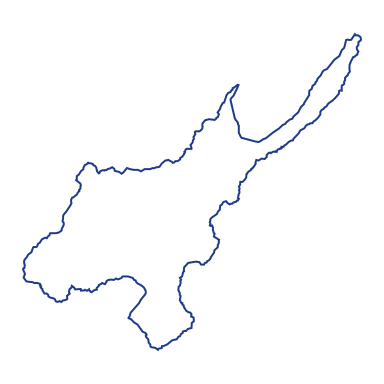 Dolores, Tolima, Colombia
{"feature_id": "7082276B30807690938488", "entity_name": "Dolores", "entity_type": "district", "adm_level": 2, "iso_a3": "COL", "parent_name": "Colombia", "parent_adm1": "Tolima", "projection": "mercator", "projection_center": [-74.784, 3.628], "detail": "fine", "context": "isolated", "style": "outline", "palette": "blue", "viewbox_px": 384, "rotation_deg": 0, "n_neighbors": 0, "source": "geoboundaries", "source_scale": "gbopen_adm2", "svg_char_len": 5939}
<svg xmlns="http://www.w3.org/2000/svg" viewBox="0 0 384 384"><path d="M358.3,35.4L355.7,35.3L354.9,34.2L351.2,39.8L349.2,40.0L347.3,39.6L346.1,40.0L344.2,47.8L341.7,50.2L339.4,55.9L334.4,59.7L327.0,69.0L323.6,70.5L322.5,71.9L320.7,75.4L317.6,78.6L316.9,80.8L315.4,82.5L315.3,83.7L312.6,85.8L311.7,88.9L309.3,90.8L309.1,95.2L304.0,103.3L303.9,104.2L300.9,107.0L298.2,112.4L293.5,116.5L292.4,118.7L289.7,119.6L286.2,122.4L285.3,123.9L282.7,125.0L278.9,128.6L272.9,132.6L265.8,138.3L263.4,139.1L259.7,141.6L258.3,142.0L254.9,141.4L241.6,137.8L240.9,137.1L238.8,132.8L238.8,125.7L237.9,124.0L237.8,122.5L235.4,119.5L234.6,117.4L230.5,100.0L230.9,98.5L233.5,95.8L237.2,88.2L238.5,85.0L237.6,84.8L234.2,87.5L232.6,88.2L232.6,89.7L231.3,90.4L230.5,92.1L228.2,92.9L226.5,95.3L224.1,102.6L222.8,103.0L220.7,106.6L220.1,108.9L217.6,112.4L218.9,114.2L217.8,117.2L216.4,117.8L216.0,118.9L214.6,119.9L209.1,119.2L205.2,120.2L202.5,123.4L202.3,124.9L202.6,126.8L202.1,129.0L199.6,131.3L195.7,131.3L194.9,131.9L195.3,134.3L193.5,137.0L193.9,139.0L193.0,140.2L192.6,142.5L190.5,145.0L191.5,147.7L191.4,148.9L187.0,148.8L185.7,149.4L185.0,151.5L184.4,151.9L184.9,152.8L184.1,153.5L183.8,154.7L182.1,156.8L180.3,157.9L180.1,159.5L177.6,161.1L175.3,161.2L174.2,162.5L172.7,162.8L172.1,162.0L168.1,159.8L167.0,160.4L165.5,160.4L161.8,163.5L159.6,166.6L158.9,167.0L155.9,167.4L154.2,168.2L152.5,168.1L150.2,169.1L144.7,169.1L141.0,171.3L138.0,169.9L134.0,169.9L129.5,169.0L127.0,168.0L123.2,172.6L121.6,173.7L119.1,171.9L114.8,170.9L114.3,168.8L112.2,167.2L109.4,168.7L107.9,168.9L106.4,170.1L105.2,170.0L104.6,170.5L102.8,170.2L100.7,171.0L100.0,171.5L99.6,172.8L98.9,173.4L97.2,171.6L96.1,167.3L95.0,165.8L93.4,165.3L92.7,163.9L90.2,163.2L88.5,163.3L88.1,162.8L86.9,164.1L85.0,164.9L83.7,167.1L83.2,169.4L81.0,171.1L78.9,174.5L76.8,176.2L76.8,179.1L76.1,180.1L80.4,183.6L80.9,185.4L80.5,186.0L80.4,188.6L79.0,190.1L79.4,191.0L77.8,192.6L77.0,194.4L73.5,197.2L72.0,197.8L71.1,199.8L71.1,201.7L71.5,203.0L70.5,205.2L66.4,211.4L63.6,214.7L63.1,216.2L63.1,218.8L62.6,220.4L62.7,221.6L63.6,222.4L63.8,224.8L61.8,228.7L61.5,230.6L58.6,232.6L55.7,233.2L50.3,233.2L49.8,233.7L49.5,235.3L47.8,236.5L46.8,238.2L45.3,237.7L42.0,239.2L39.8,242.7L38.1,243.8L37.0,246.5L36.0,247.1L33.6,247.0L33.0,247.7L31.5,252.1L28.1,254.7L26.7,257.3L24.5,259.8L24.0,262.0L24.8,265.6L24.3,268.1L23.6,268.2L23.0,269.2L25.0,274.0L23.6,277.5L26.0,280.9L26.7,281.5L32.8,282.2L34.3,283.1L36.9,282.9L40.0,283.9L40.4,284.4L40.0,285.7L41.1,286.2L40.7,287.6L42.3,288.8L42.2,289.7L44.4,293.5L46.6,293.5L48.2,294.8L48.4,296.4L50.2,297.6L53.2,298.2L55.0,299.3L55.7,301.2L56.5,301.7L57.8,301.8L59.6,301.1L61.3,302.0L62.8,300.5L65.3,300.1L67.2,299.1L67.1,295.7L69.7,293.7L68.9,292.2L69.6,289.1L71.7,287.4L71.8,285.9L73.9,287.3L75.1,289.4L80.8,289.0L81.0,290.6L84.4,290.4L85.0,289.8L87.0,290.8L89.0,289.3L89.3,290.4L90.2,290.9L90.5,291.8L91.7,292.2L94.3,290.1L96.8,289.6L96.5,288.9L96.8,287.9L98.8,285.9L98.8,285.0L101.1,284.0L102.1,283.0L104.9,284.2L106.3,282.2L106.4,281.3L108.2,280.0L111.2,279.6L114.0,279.9L116.0,278.5L118.1,279.4L121.4,278.0L122.1,276.9L123.0,276.4L128.2,276.5L132.7,277.9L134.2,280.0L135.6,280.4L136.2,282.0L137.6,283.5L141.5,285.5L144.0,287.6L145.6,290.7L145.8,292.9L145.2,294.3L140.8,299.8L139.0,303.2L130.7,312.6L129.5,316.6L128.5,317.7L128.6,318.2L131.3,319.4L134.0,322.4L137.5,324.5L142.6,331.7L145.5,333.0L146.6,334.8L145.8,335.4L145.9,336.7L148.3,339.4L148.7,342.7L150.3,344.6L150.4,346.3L151.3,347.2L155.4,347.9L157.9,349.8L158.4,348.7L161.7,348.1L162.0,346.1L163.5,346.1L167.4,344.3L172.2,340.3L176.8,339.2L178.4,336.8L180.1,336.1L180.9,334.1L182.7,333.0L182.8,331.6L184.4,330.9L186.0,331.0L188.0,328.9L191.5,328.0L191.8,322.9L193.8,321.3L193.7,317.8L192.6,316.9L191.1,316.6L191.5,314.1L190.2,312.5L188.9,312.4L186.4,311.0L183.8,306.9L183.7,305.4L182.4,304.6L182.4,303.1L181.3,302.9L179.8,300.1L180.6,296.1L179.8,294.8L179.7,292.8L178.3,290.0L178.7,286.8L180.0,285.4L180.7,282.3L180.3,281.0L181.1,279.8L179.9,277.8L181.9,276.6L182.4,275.4L183.0,272.3L184.1,271.2L183.8,269.9L184.2,267.3L188.2,262.9L196.2,261.6L199.4,262.2L201.0,264.5L203.9,264.7L204.9,262.9L206.5,262.6L207.4,261.0L208.9,260.4L210.5,258.6L210.7,257.5L214.1,252.5L214.4,250.3L217.7,247.3L217.8,245.1L219.0,242.5L218.7,241.3L219.1,239.8L213.9,236.6L214.6,233.6L213.7,232.8L212.9,229.9L212.9,227.2L212.1,225.5L210.5,226.0L209.8,225.4L210.5,223.8L209.7,222.2L210.4,220.7L210.2,219.7L210.6,218.9L211.7,217.6L217.0,214.0L217.9,211.6L219.8,209.7L220.2,205.7L221.9,204.6L222.8,202.8L223.8,201.9L226.1,201.2L227.6,203.1L229.6,204.4L230.9,203.7L232.0,203.8L233.4,202.5L236.1,201.7L236.8,200.7L237.7,200.7L238.9,198.8L238.0,198.2L238.6,194.4L239.4,192.9L239.4,191.0L239.0,190.4L239.6,188.4L238.9,186.7L240.1,184.8L240.3,181.9L242.6,181.9L245.0,179.4L246.2,177.5L246.4,174.2L247.2,173.8L247.5,172.7L248.9,171.3L250.8,170.2L251.1,169.1L252.4,168.5L252.6,167.6L253.4,167.3L254.4,165.8L255.7,163.8L255.4,163.0L256.3,160.0L258.5,160.5L261.7,158.6L264.7,159.0L266.8,156.9L266.6,155.2L268.8,152.8L269.9,152.6L270.9,153.2L272.5,152.0L274.3,151.5L275.1,151.9L275.9,151.2L276.7,151.8L277.1,150.4L278.3,149.2L279.7,149.1L280.4,148.2L281.4,148.5L281.8,147.8L281.6,146.8L283.6,146.8L284.1,145.7L286.0,144.6L288.5,142.1L290.8,140.7L292.9,140.4L293.4,138.9L298.6,133.4L300.3,130.4L304.3,128.3L305.9,125.7L307.4,124.5L309.2,124.2L310.2,123.3L312.4,123.2L313.6,121.4L315.0,120.6L317.7,118.1L320.3,114.6L320.4,111.7L321.7,109.9L323.7,108.8L324.4,107.5L325.5,107.1L326.9,105.8L327.7,104.3L329.0,103.0L332.7,100.4L335.0,98.2L338.8,93.9L339.2,90.9L340.1,90.4L341.7,90.7L341.7,86.2L342.1,85.2L343.3,84.8L344.2,83.8L344.1,81.9L345.2,79.8L345.0,78.0L346.5,76.1L347.5,75.6L348.4,73.4L349.8,71.7L349.4,68.0L349.6,64.8L350.9,61.5L353.2,57.1L354.6,56.7L356.2,55.2L357.3,54.7L357.6,52.9L358.4,51.5L356.8,49.1L356.8,47.0L358.3,45.2L358.5,42.0L360.8,40.3L361.0,39.2L360.4,37.0L358.3,35.4Z" fill="none" stroke="#1e3a8a" stroke-width="2"/></svg>